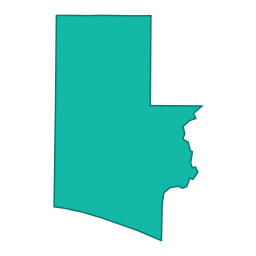 Walton, Florida, United States of America (Mercator projection)
{"feature_id": "52423323B98740457076881", "entity_name": "Walton", "entity_type": "district", "adm_level": 2, "iso_a3": "USA", "parent_name": "United States of America", "parent_adm1": "Florida", "projection": "mercator", "projection_center": [-86.07, 30.632], "detail": "fine", "context": "isolated", "style": "filled", "palette": "teal", "viewbox_px": 256, "rotation_deg": 0, "n_neighbors": 0, "source": "geoboundaries", "source_scale": "gbopen_adm2", "svg_char_len": 701}
<svg xmlns="http://www.w3.org/2000/svg" viewBox="0 0 256 256"><path d="M110.3,15.5L96.6,15.4L91.7,15.6L83.0,15.6L78.9,15.5L62.8,15.4L61.6,15.4L60.2,15.4L56.4,15.5L55.6,97.8L54.1,206.8L63.0,208.0L80.5,211.6L100.8,217.6L136.3,230.0L160.3,240.1L161.4,240.6L161.7,227.5L162.2,203.4L163.9,192.8L170.0,187.7L178.2,186.2L182.7,188.2L186.7,186.5L189.9,178.1L192.9,179.4L197.8,172.2L195.6,167.1L192.3,167.6L190.6,162.9L192.4,151.7L190.1,150.6L188.3,142.3L182.8,139.1L184.8,133.7L183.0,126.6L189.5,120.6L195.8,118.5L193.6,113.3L201.9,106.0L150.3,105.6L150.9,15.7L146.3,15.7L145.3,15.8L129.0,15.8L116.8,15.6L115.1,15.6L113.5,15.6L112.1,15.5L110.3,15.5Z" fill="#14b8a6" stroke="#0f766e" stroke-width="1.5"/></svg>